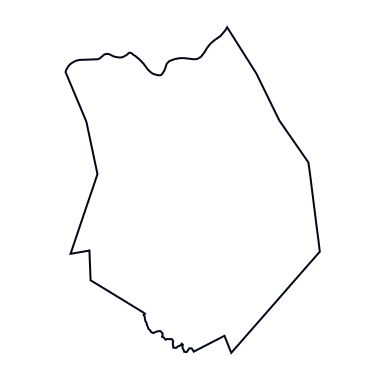 Corrente, Piauí, Brazil, rotated 87°
{"feature_id": "56859067B28200345020958", "entity_name": "Corrente", "entity_type": "district", "adm_level": 2, "iso_a3": "BRA", "parent_name": "Brazil", "parent_adm1": "Piauí", "projection": "mercator", "projection_center": [-45.151, -10.393], "detail": "fine", "context": "isolated", "style": "outline", "palette": "ink", "viewbox_px": 384, "rotation_deg": 87, "n_neighbors": 0, "source": "geoboundaries", "source_scale": "gbopen_adm2", "svg_char_len": 1658}
<svg xmlns="http://www.w3.org/2000/svg" viewBox="0 0 384 384"><g transform="rotate(87 192 192)"><path d="M354.7,161.2L300.7,108.7L285.3,93.8L258.3,67.5L247.7,68.2L242.6,68.6L231.1,69.5L209.0,71.1L178.9,73.3L168.6,74.2L125.1,101.1L107.9,108.4L99.7,111.9L77.1,121.5L29.3,148.3L32.1,150.1L37.5,155.1L41.7,161.8L45.1,166.1L49.0,169.5L53.2,172.3L57.5,176.0L59.2,179.3L59.6,181.2L59.4,184.2L57.9,192.8L57.8,195.7L57.7,197.1L58.3,201.9L59.2,205.1L60.2,207.9L61.9,209.8L63.0,210.7L67.5,212.4L69.9,213.6L71.0,214.6L72.3,215.4L73.5,216.7L73.8,218.1L73.5,220.3L72.4,223.7L71.6,225.3L69.9,227.3L67.1,229.9L61.6,233.5L57.1,237.3L53.0,241.7L52.0,243.3L50.2,245.1L49.6,246.8L50.0,248.0L51.3,249.5L52.5,251.6L53.4,253.4L53.9,255.4L53.9,257.1L53.5,259.6L52.5,263.2L50.0,267.5L49.6,270.1L50.1,272.4L52.7,275.7L53.9,277.5L54.5,279.3L54.2,297.7L54.9,301.1L56.6,304.8L57.7,306.6L59.8,308.8L63.4,311.2L65.6,312.0L112.3,295.2L116.3,293.8L159.5,287.0L161.1,286.7L169.3,285.5L182.7,290.8L206.5,300.3L247.4,316.5L245.1,297.5L274.9,297.9L288.1,278.5L310.0,246.6L311.1,245.3L312.3,246.8L313.4,245.9L315.9,245.7L318.6,245.3L320.0,244.3L321.6,244.2L323.3,243.6L324.8,243.1L326.2,242.8L327.7,241.2L329.8,240.1L330.9,237.9L330.1,236.4L329.4,234.0L329.2,232.4L329.3,230.7L331.7,228.8L333.4,228.8L335.0,229.5L335.7,227.9L338.1,226.2L337.5,224.6L337.7,222.7L337.9,219.8L339.9,218.6L342.7,219.2L344.7,218.8L346.4,218.9L346.9,216.0L345.5,214.2L345.1,212.9L344.3,211.1L343.0,210.2L344.0,209.1L345.4,209.6L348.0,209.5L349.4,208.5L351.1,208.2L351.6,205.8L349.7,204.2L347.9,202.8L348.2,200.5L349.9,199.4L351.5,198.6L337.3,167.1L354.7,161.2Z" fill="none" stroke="#020617" stroke-width="2"/></g></svg>